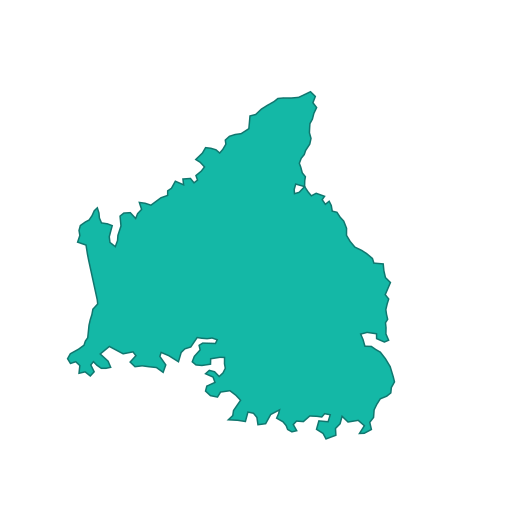 the district of Salto do Lontra, Paraná, Brazil, rotated 291°
{"feature_id": "56859067B29109491242959", "entity_name": "Salto do Lontra", "entity_type": "district", "adm_level": 2, "iso_a3": "BRA", "parent_name": "Brazil", "parent_adm1": "Paraná", "projection": "natural_earth1", "projection_center": [-53.296, -25.774], "detail": "fine", "context": "isolated", "style": "filled", "palette": "teal", "viewbox_px": 512, "rotation_deg": 291, "n_neighbors": 0, "source": "geoboundaries", "source_scale": "gbopen_adm2", "svg_char_len": 3426}
<svg xmlns="http://www.w3.org/2000/svg" viewBox="0 0 512 512"><g transform="rotate(291 256 256)"><path d="M205.0,84.5L205.3,93.4L197.3,98.0L192.2,101.2L158.2,123.5L154.5,125.4L147.9,122.8L142.5,123.8L137.2,124.1L131.6,124.9L119.4,128.2L115.4,127.2L111.1,127.4L105.5,123.8L98.2,117.7L92.6,116.9L89.2,121.3L92.7,125.6L90.6,130.8L83.1,132.8L86.6,138.0L84.6,144.3L89.9,146.4L95.1,140.8L99.1,142.1L97.0,146.6L95.7,151.8L97.4,156.2L100.0,160.2L104.8,155.6L108.7,145.7L119.0,151.5L117.1,167.0L122.4,175.5L119.9,179.6L111.9,176.5L109.3,182.7L112.7,189.1L114.2,195.5L116.2,203.0L114.1,211.0L122.0,210.8L127.8,202.2L132.0,202.0L131.7,210.2L129.5,221.5L139.1,220.7L143.8,222.8L147.7,227.7L158.8,230.3L159.8,234.9L161.3,240.0L163.7,244.4L163.9,249.8L159.8,249.5L155.6,237.5L152.2,234.9L148.3,237.5L140.2,234.4L134.4,234.4L132.8,239.0L134.4,244.7L138.7,252.3L143.8,250.5L148.5,258.6L150.0,263.0L144.1,265.2L140.2,267.6L135.0,267.1L130.3,264.8L133.1,258.8L132.5,253.4L128.0,251.1L127.6,259.3L123.3,263.0L116.9,256.7L111.8,257.3L109.3,263.5L110.5,270.6L116.3,271.7L120.9,279.9L118.8,287.1L115.8,293.3L103.7,290.4L98.7,291.5L93.2,288.9L96.1,297.9L97.7,305.4L107.4,304.4L108.3,310.0L105.6,314.7L99.2,318.3L102.9,325.1L113.3,326.5L120.8,333.1L116.8,333.6L112.0,333.4L110.9,340.6L108.5,344.9L105.4,347.7L104.7,352.5L107.5,356.6L112.0,351.2L116.4,353.0L118.4,359.6L125.9,363.5L128.2,370.4L129.3,375.1L133.4,376.6L134.4,382.2L127.1,382.7L124.6,373.8L115.9,374.6L114.4,382.2L110.3,386.9L117.3,394.8L123.5,392.0L129.5,394.6L137.2,393.8L134.0,401.4L139.2,410.3L136.4,418.0L127.4,416.2L129.3,420.6L135.4,425.9L141.5,421.8L147.4,423.6L154.7,421.4L160.7,421.9L167.2,423.2L172.0,428.3L176.5,430.9L181.7,429.5L188.1,430.4L192.3,427.5L200.8,420.9L206.5,413.6L210.8,406.5L211.6,401.3L212.9,396.1L210.8,390.0L216.3,385.9L220.6,381.7L224.5,387.1L226.6,396.4L222.1,398.2L221.7,406.7L224.9,410.0L229.8,405.2L235.6,403.1L240.1,400.8L244.1,401.6L248.2,398.8L252.5,396.4L258.5,395.6L263.4,395.3L266.2,390.5L279.4,391.0L282.2,384.6L288.0,380.7L294.2,377.6L291.6,368.6L295.4,365.6L297.8,358.7L299.1,352.7L299.7,345.2L303.3,338.7L307.7,333.1L314.3,330.6L320.0,325.4L322.4,320.6L325.8,315.9L325.2,311.1L330.1,308.2L333.3,304.7L329.1,302.2L332.3,297.6L336.3,298.6L336.1,289.7L332.0,286.1L334.6,281.5L338.2,276.5L343.8,274.5L347.7,273.7L350.2,269.4L354.9,266.0L358.1,263.2L363.4,263.2L368.0,264.7L372.3,264.5L379.7,266.1L385.5,265.2L390.2,261.7L394.7,260.2L398.9,258.9L403.9,259.6L409.9,258.9L416.3,259.4L419.5,254.2L426.2,254.2L428.9,248.0L419.4,239.0L416.1,232.3L413.4,225.1L410.9,220.0L406.5,217.4L400.7,212.6L395.1,208.4L388.0,205.0L384.6,200.2L378.7,201.9L372.3,203.7L364.9,198.3L361.9,192.9L358.2,188.3L353.2,185.8L349.6,187.8L343.6,186.8L339.1,185.2L340.8,180.6L340.4,175.3L339.1,170.1L332.9,169.1L324.5,165.2L323.5,170.3L320.7,176.0L315.6,174.5L309.6,171.1L305.9,174.2L302.1,171.9L304.9,167.0L301.7,160.2L296.5,162.9L296.9,153.9L288.9,152.8L285.2,150.2L280.9,151.8L276.3,146.4L265.8,139.7L265.5,133.6L264.2,127.9L258.5,132.5L253.1,130.3L247.9,130.2L251.4,123.1L248.7,117.2L244.5,114.8L235.6,119.2L225.8,119.7L220.8,121.2L214.3,121.3L216.3,114.8L221.4,112.1L227.7,111.4L232.8,110.9L232.8,105.8L231.5,99.9L235.3,96.2L239.8,94.0L244.1,90.6L240.3,88.8L234.9,88.5L229.8,87.3L226.6,84.5L221.5,81.1L216.5,81.6L212.0,84.2L205.0,84.5ZM338.2,276.5L330.9,273.5L328.0,269.6L331.8,267.8L337.4,267.3L338.2,276.5Z" fill="#14b8a6" stroke="#0f766e" stroke-width="1.5"/></g></svg>